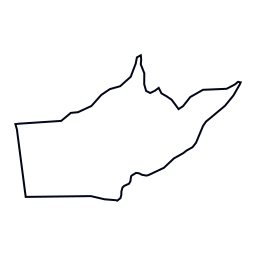 outline of Makamba
{"feature_id": "BDI-2641", "entity_name": "Makamba", "entity_type": "Province", "adm_level": 1, "iso_a3": "BDI", "parent_name": "Burundi", "parent_adm1": "", "projection": "mercator", "projection_center": [29.841, -4.203], "detail": "fine", "context": "isolated", "style": "outline", "palette": "ink", "viewbox_px": 256, "rotation_deg": 0, "n_neighbors": 0, "source": "natural_earth", "source_scale": "10m", "svg_char_len": 870}
<svg xmlns="http://www.w3.org/2000/svg" viewBox="0 0 256 256"><path d="M240.6,82.4L239.9,84.2L233.4,95.5L225.0,105.8L206.0,121.6L203.1,125.8L196.0,142.8L192.5,147.2L186.3,150.7L183.5,153.0L173.9,158.4L163.9,167.8L149.1,174.8L146.7,175.6L142.0,174.8L139.0,173.3L136.0,172.9L131.5,175.7L131.0,176.7L130.4,181.3L129.0,183.7L124.2,185.9L122.5,187.5L121.4,191.5L121.3,195.1L120.4,198.2L117.2,200.7L116.0,200.2L104.6,199.3L90.9,196.1L25.7,196.9L16.9,129.4L15.4,124.1L18.9,123.7L61.2,120.9L70.8,112.9L78.0,112.2L91.4,106.0L101.2,95.0L109.9,89.1L120.2,86.2L130.7,76.8L135.7,63.7L136.9,57.4L140.8,55.3L141.2,59.3L140.8,64.4L144.3,73.3L144.2,84.2L146.1,90.9L150.2,93.0L154.8,90.8L158.7,87.9L161.5,93.4L166.6,96.3L171.7,99.8L178.6,109.1L183.1,106.1L190.3,97.0L203.0,89.8L226.6,88.8L234.5,84.7L238.1,81.8L240.5,82.4L240.6,82.4Z" fill="none" stroke="#020617" stroke-width="2"/></svg>